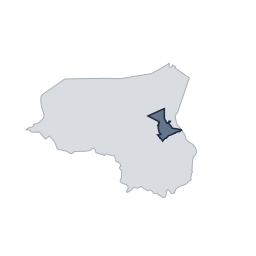 Ana, Al-Anbar, Iraq (highlighted), rotated 140°
{"feature_id": "34846034B40379251126698", "entity_name": "Ana", "entity_type": "district", "adm_level": 2, "iso_a3": "IRQ", "parent_name": "Iraq", "parent_adm1": "Al-Anbar", "projection": "mercator", "projection_center": [41.794, 34.329], "detail": "fine", "context": "in_parent", "style": "filled", "palette": "slate", "viewbox_px": 256, "rotation_deg": 140, "n_neighbors": 0, "source": "geoboundaries", "source_scale": "gbopen_adm2", "svg_char_len": 5312}
<svg xmlns="http://www.w3.org/2000/svg" viewBox="0 0 256 256"><g transform="rotate(140 128 128)"><path d="M106.9,52.8L108.5,52.4L111.4,49.9L113.1,47.6L113.7,47.4L115.2,48.2L116.3,48.4L118.8,47.5L120.3,48.0L121.6,48.5L122.3,48.6L125.7,50.0L126.5,50.2L128.3,50.3L130.9,50.4L132.5,49.5L133.7,48.6L134.6,48.6L135.4,48.8L136.0,49.2L136.6,49.9L136.9,50.9L136.8,53.9L137.0,54.7L137.5,55.3L138.1,55.4L138.8,54.7L140.0,53.8L141.5,52.7L142.7,51.8L143.3,51.4L144.4,51.4L145.4,51.6L145.9,52.1L146.4,53.7L147.8,59.0L148.5,59.7L149.4,60.3L150.0,61.1L150.3,61.9L150.2,63.1L150.2,64.6L150.6,65.7L151.1,66.5L151.5,66.9L152.2,66.9L153.1,67.2L153.6,68.0L155.4,74.0L155.6,74.8L156.3,75.1L157.6,75.0L158.8,75.6L160.2,76.6L161.4,78.4L162.3,78.7L165.0,78.4L168.6,78.7L170.4,79.7L170.2,80.2L168.9,80.9L166.5,81.7L165.8,83.0L165.5,84.6L165.5,85.6L166.1,86.6L167.7,88.7L167.8,89.4L168.1,90.4L168.4,91.1L168.1,92.5L166.6,93.4L164.6,94.5L160.7,99.0L160.4,100.0L160.4,102.7L160.0,103.4L158.8,103.4L157.8,103.3L157.8,104.2L157.2,105.5L156.8,106.6L158.3,109.1L158.5,110.5L158.3,111.7L156.9,113.8L156.1,115.3L156.3,115.6L157.4,116.2L160.6,120.8L161.7,122.4L163.0,122.0L163.6,122.0L164.0,122.3L164.2,122.9L164.2,123.6L163.9,124.6L165.6,125.0L166.2,126.1L168.3,129.7L168.2,130.8L167.2,132.5L167.2,133.6L167.4,134.6L167.7,134.9L170.8,135.1L172.0,135.5L175.2,137.3L178.7,140.1L181.6,142.4L184.1,144.4L186.7,144.3L187.5,144.6L188.1,145.2L188.9,146.8L190.4,150.5L191.7,151.7L193.7,154.6L195.6,157.3L194.3,160.9L193.1,164.8L193.1,169.7L193.1,172.3L195.7,172.4L198.5,172.5L198.5,175.7L198.5,178.8L198.6,182.4L199.4,182.6L200.7,183.3L201.3,184.5L202.0,185.1L202.8,185.2L203.7,185.8L204.5,186.8L204.8,187.6L204.6,188.2L204.8,189.1L205.4,190.5L206.1,191.1L207.2,191.9L205.7,192.3L204.1,192.0L200.6,190.4L199.5,190.3L198.0,190.9L198.0,191.5L194.3,189.7L193.0,189.4L192.6,189.3L190.5,189.4L187.5,189.7L185.7,190.4L184.5,191.1L184.0,191.9L183.8,192.3L182.8,194.5L181.7,197.3L180.6,199.8L178.4,203.3L177.2,205.0L174.5,208.0L171.7,208.6L165.1,208.0L157.8,207.3L150.5,206.7L145.1,206.2L144.7,206.0L139.4,201.7L135.1,198.3L129.8,194.0L124.4,189.6L119.0,185.1L115.0,181.9L110.2,177.7L105.8,173.9L102.3,170.8L97.9,168.2L94.4,166.1L89.3,163.1L85.3,160.7L81.8,158.6L76.5,155.4L74.7,154.5L69.1,153.4L63.9,152.5L58.5,151.6L54.8,151.0L57.2,148.7L56.5,146.6L54.8,147.0L53.2,147.5L52.2,144.3L53.4,143.9L52.3,139.7L51.1,135.4L50.0,131.2L48.8,126.9L53.4,124.2L56.8,122.1L61.6,119.2L66.3,116.4L70.7,113.8L75.5,110.8L79.9,108.2L83.8,107.1L84.7,106.3L86.5,102.7L88.1,99.6L88.1,98.9L88.1,94.5L88.4,89.3L88.9,86.6L89.8,84.1L90.6,82.3L90.7,80.6L90.6,78.9L89.8,76.3L88.9,73.7L89.0,71.1L89.1,69.7L89.7,67.4L90.6,65.8L91.6,64.8L95.4,63.7L97.7,63.1L100.7,60.2L102.5,58.5L104.9,55.8L106.8,53.7L106.9,53.0L106.9,52.8Z" fill="#d9dde1" stroke="#a8b0b8" stroke-width="1"/><path d="M88.4,91.9L88.4,92.5L88.5,92.8L88.9,93.3L89.4,93.8L89.9,94.4L90.3,94.9L90.6,95.2L91.0,95.7L91.4,96.2L91.7,96.6L92.1,97.0L92.4,97.3L92.7,97.6L93.0,98.0L93.2,98.3L93.6,98.7L93.8,99.0L94.1,99.3L94.3,99.6L94.2,100.1L94.1,100.7L94.0,101.1L93.9,101.7L93.8,102.1L93.8,102.8L93.9,103.3L93.9,104.0L93.9,104.7L93.9,105.3L94.0,105.7L93.6,105.8L93.1,105.8L92.6,105.8L92.4,105.9L92.2,105.7L91.8,105.6L91.6,105.6L91.3,105.7L91.4,106.3L91.7,106.6L92.0,106.7L92.0,106.3L92.3,106.5L93.0,106.5L93.4,106.5L93.7,106.5L94.0,106.4L94.4,106.3L94.6,106.3L94.9,106.3L95.0,106.6L95.1,106.9L95.1,107.3L95.0,107.8L94.9,108.2L94.8,108.5L94.6,108.8L94.4,109.2L94.5,109.6L94.5,109.9L94.4,110.4L94.4,110.9L94.2,111.2L94.0,111.6L93.8,112.1L93.6,112.5L93.2,112.8L92.9,113.2L92.7,113.5L92.4,113.9L92.1,114.2L91.9,114.5L91.5,115.0L91.2,115.3L90.8,115.8L90.4,116.3L90.1,116.6L89.8,117.0L89.4,117.4L88.9,118.1L88.6,118.4L88.3,118.8L88.1,119.1L87.7,119.5L88.1,119.7L88.6,119.8L89.0,119.9L89.8,120.1L90.4,120.4L91.0,120.5L91.7,120.7L92.3,120.8L92.8,121.0L93.5,121.2L94.0,121.4L94.7,121.5L95.2,121.7L95.7,121.8L96.4,122.0L97.1,122.2L97.8,122.4L98.4,122.6L99.2,122.8L100.0,123.0L100.8,123.3L101.6,123.5L102.1,123.6L102.5,123.8L103.3,123.9L104.0,124.1L104.6,124.3L105.0,124.4L104.8,123.9L104.6,123.5L104.5,123.1L104.3,122.7L104.0,122.2L103.9,121.7L103.6,121.1L103.4,120.6L103.2,120.2L103.0,119.8L102.9,119.5L102.7,119.0L102.5,118.5L102.2,117.9L101.9,117.3L101.8,116.9L101.8,116.4L101.5,116.1L101.3,115.8L101.1,115.4L101.0,114.9L100.8,114.4L100.7,113.9L100.5,113.3L100.3,112.9L100.8,112.6L100.5,112.1L100.8,112.0L101.2,111.8L101.6,111.6L102.1,111.4L102.5,111.2L102.9,111.0L102.8,110.7L103.1,110.7L103.5,110.7L103.8,110.6L103.7,110.2L103.6,109.6L104.2,109.1L104.5,108.8L105.1,108.1L105.3,107.7L105.6,107.2L105.8,106.7L106.0,106.3L106.4,105.6L106.6,105.3L106.8,104.8L106.8,104.0L106.9,103.3L106.9,102.7L106.9,102.0L107.3,102.2L107.7,102.5L108.0,102.7L108.5,103.0L109.1,103.3L109.7,103.7L109.7,99.9L109.8,99.9L110.0,99.9L110.0,99.7L109.9,99.6L109.6,99.4L109.6,99.2L109.7,97.8L109.8,96.3L109.9,95.7L109.7,95.7L109.2,95.8L107.6,96.1L106.7,96.3L106.4,96.3L105.2,95.6L104.9,95.6L104.7,95.7L103.7,95.8L101.9,96.0L101.6,96.0L100.9,95.7L99.8,95.2L99.4,95.1L99.1,95.0L98.5,94.9L97.5,94.6L97.4,94.5L97.2,94.5L97.0,94.4L95.5,94.0L95.4,94.0L95.2,94.1L94.8,93.6L94.6,93.7L93.9,93.8L93.3,93.6L93.0,93.4L92.5,93.2L92.2,93.0L91.6,92.8L91.4,92.6L91.0,92.1L90.6,92.1L89.9,92.1L89.4,92.1L88.8,92.0L88.4,91.9Z" fill="#64748b" stroke="#1e293b" stroke-width="1.5"/></g></svg>